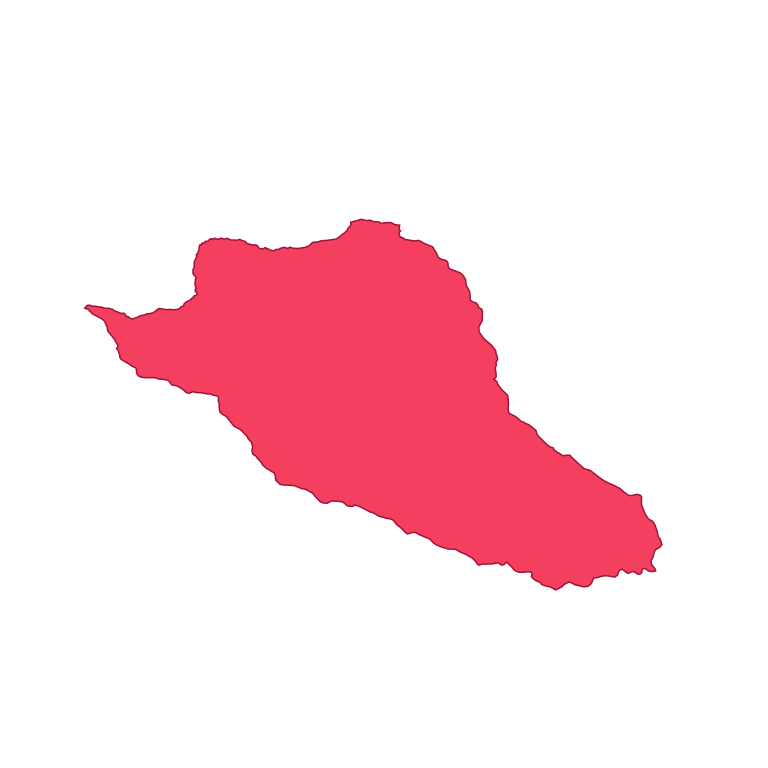 outline of Cajamarca, Tolima, Colombia, rotated 284°
{"feature_id": "7082276B39655849977507", "entity_name": "Cajamarca", "entity_type": "district", "adm_level": 2, "iso_a3": "COL", "parent_name": "Colombia", "parent_adm1": "Tolima", "projection": "equal_earth", "projection_center": [-75.489, 4.41], "detail": "fine", "context": "isolated", "style": "filled", "palette": "rose", "viewbox_px": 768, "rotation_deg": 284, "n_neighbors": 0, "source": "geoboundaries", "source_scale": "gbopen_adm2", "svg_char_len": 6154}
<svg xmlns="http://www.w3.org/2000/svg" viewBox="0 0 768 768"><g transform="rotate(284 384 384)"><path d="M241.9,470.2L240.6,473.6L239.7,479.5L239.4,486.6L240.7,491.9L240.8,493.8L239.5,498.2L238.5,504.5L236.6,511.5L234.4,515.3L231.5,518.6L231.2,519.9L233.0,523.0L235.6,532.4L237.8,537.3L238.0,538.8L236.8,541.5L237.0,542.9L238.3,544.5L240.3,545.7L241.0,546.7L239.2,548.8L237.7,551.8L235.4,554.7L234.5,556.8L234.2,558.1L234.1,561.4L235.0,564.6L236.6,568.9L237.1,571.8L236.0,573.7L233.1,573.5L232.7,573.7L230.6,577.0L229.8,579.9L229.4,583.3L227.7,585.4L227.4,586.2L227.2,589.4L227.3,594.9L225.7,600.0L225.9,600.7L230.2,605.6L233.5,607.7L236.5,611.2L236.7,611.7L236.0,616.0L235.3,617.6L235.6,622.5L235.3,624.9L235.7,627.5L237.1,631.0L239.9,633.1L241.6,633.7L246.4,634.4L248.0,638.4L249.6,640.6L251.5,644.9L252.0,648.1L252.5,654.6L254.9,656.7L259.2,657.2L260.7,658.1L261.8,659.6L261.9,660.0L259.3,666.0L259.4,666.9L261.0,668.7L262.3,670.9L261.9,673.5L261.1,675.4L261.1,677.5L261.9,678.8L263.0,679.6L266.4,679.4L267.9,680.3L267.7,683.2L266.6,685.7L266.6,688.1L267.3,690.7L268.4,692.8L270.0,691.9L273.4,687.5L277.1,685.9L281.3,686.9L285.9,686.8L289.0,687.6L292.4,691.2L295.3,692.5L300.0,689.8L302.4,686.9L306.5,685.1L312.2,681.4L314.4,679.4L315.6,678.2L317.1,673.1L321.2,668.7L328.4,663.6L329.9,662.8L336.9,661.2L338.1,659.7L338.1,655.8L335.9,652.0L335.3,649.4L335.3,647.8L336.8,643.9L339.8,637.9L341.5,630.4L342.0,626.7L343.1,621.7L345.1,616.1L349.7,605.7L350.2,604.0L350.2,598.8L354.9,589.9L358.8,583.0L359.7,582.0L359.7,580.3L357.8,575.1L358.1,573.3L359.3,570.5L359.5,568.2L360.5,567.3L360.7,565.6L361.1,565.1L362.9,563.7L363.1,560.7L364.5,556.9L370.9,546.1L372.2,544.6L375.7,542.7L379.6,534.3L379.9,531.2L380.7,528.7L381.0,525.9L383.7,520.9L384.5,518.5L385.6,513.3L386.8,511.8L389.2,510.6L395.6,509.4L402.3,507.0L403.3,506.2L406.6,500.3L409.5,496.4L411.2,494.6L413.3,493.1L414.5,491.2L415.1,489.4L415.5,489.3L417.0,490.8L418.5,491.0L422.7,489.7L424.6,488.6L427.0,488.1L429.4,488.4L432.2,487.4L435.3,488.4L438.7,486.8L441.1,485.1L443.4,484.3L447.5,479.2L452.0,470.2L456.9,464.4L458.1,463.5L462.4,462.2L469.3,464.0L478.7,461.8L480.2,460.6L481.2,457.4L483.1,456.2L484.9,453.9L485.2,449.8L486.2,447.8L487.7,446.7L489.2,446.7L494.3,444.8L499.5,440.0L505.0,437.9L507.5,435.6L509.4,433.0L510.4,430.5L511.6,419.8L513.1,418.2L514.0,418.0L514.9,417.2L516.2,417.1L517.7,416.1L518.9,413.9L518.9,408.9L520.2,405.9L524.8,402.3L526.6,399.9L528.3,398.7L529.0,397.3L529.1,395.3L530.4,387.9L531.2,385.7L531.7,382.6L530.6,380.3L530.0,377.7L529.6,371.8L529.2,370.2L530.4,366.7L530.3,364.8L531.9,363.0L534.2,362.1L534.8,362.0L536.6,363.0L537.2,361.4L539.3,360.9L541.9,360.8L541.2,356.0L542.1,353.0L542.3,351.3L540.4,344.9L538.9,342.7L539.6,341.4L540.0,339.6L539.0,334.6L539.6,331.1L538.3,327.0L538.4,322.5L537.8,321.0L535.7,317.8L533.0,312.6L530.0,313.4L526.6,311.5L524.4,311.2L520.8,309.0L519.3,307.4L517.5,306.4L513.1,302.6L509.3,293.2L507.9,288.6L505.9,285.6L504.3,280.8L503.0,279.7L499.8,277.8L498.9,276.2L498.0,275.6L494.8,268.0L493.7,262.8L494.0,259.4L492.6,258.4L492.3,257.6L492.5,253.9L490.9,251.6L490.6,250.4L489.1,249.5L488.6,247.0L486.5,244.5L486.3,241.8L487.1,238.9L486.7,237.4L487.6,236.6L487.6,236.2L487.1,235.1L485.9,234.2L485.4,232.3L485.4,230.5L486.0,229.2L487.7,227.7L487.9,225.1L486.9,223.4L487.3,221.9L487.0,219.7L487.4,218.2L487.1,216.9L487.4,216.3L488.3,215.7L488.8,214.8L488.8,212.2L489.4,209.0L487.8,206.4L487.5,203.5L487.0,202.4L486.7,200.7L487.4,196.6L485.9,193.8L485.9,192.6L486.2,190.8L484.9,189.3L484.7,188.1L484.1,187.8L483.9,186.4L484.4,185.9L484.5,184.4L482.7,183.0L482.8,182.5L483.3,182.2L483.3,181.6L482.1,179.6L480.1,178.8L479.1,176.0L477.1,175.9L476.9,173.6L476.2,173.2L475.2,173.4L474.6,171.7L473.6,171.8L472.8,171.4L469.4,172.0L466.7,171.5L465.7,171.7L464.3,170.6L461.5,171.6L460.0,170.9L456.0,170.3L454.3,171.1L453.0,171.0L451.3,171.7L448.8,171.0L445.0,171.9L443.7,173.3L442.7,175.1L441.6,175.8L439.2,175.7L437.8,176.3L436.4,176.0L433.0,177.4L431.8,178.7L430.4,178.0L429.4,178.1L428.0,178.8L427.2,180.5L426.0,181.1L424.3,179.8L423.1,178.0L421.5,178.0L420.5,176.6L418.3,175.4L415.8,172.2L413.1,170.5L411.3,170.7L409.6,168.2L408.7,167.9L406.7,166.2L404.9,161.0L404.6,157.7L403.6,156.2L403.7,155.1L403.3,153.4L403.1,148.6L402.5,146.9L401.8,146.3L401.2,146.7L400.4,145.1L399.7,145.1L396.7,142.1L396.2,140.6L395.2,139.0L394.9,137.1L393.4,135.3L391.7,132.1L391.4,130.9L389.6,129.3L386.1,124.0L386.2,122.3L387.5,119.3L387.1,117.6L388.8,116.3L389.8,114.7L389.7,114.0L389.2,113.5L389.0,110.9L390.0,104.0L390.9,102.5L390.6,100.8L391.0,98.7L389.9,95.5L390.3,92.0L389.7,87.6L389.8,85.6L389.0,82.9L389.2,79.5L389.1,78.6L388.4,77.0L385.2,75.2L384.7,79.5L383.5,80.6L382.5,82.8L381.4,84.4L379.3,93.4L377.9,96.9L376.5,98.4L373.7,100.3L372.8,101.5L368.8,103.0L362.5,111.2L356.9,116.6L355.5,116.6L353.8,115.8L352.1,118.2L350.8,118.7L348.3,120.6L346.5,121.0L344.7,122.3L343.8,124.5L341.8,131.5L340.3,135.3L339.6,139.2L338.6,140.1L336.2,140.8L333.6,142.1L332.4,144.0L331.9,146.0L332.1,149.5L334.6,159.8L334.7,161.5L334.2,164.2L334.9,166.9L335.4,173.1L334.4,175.4L331.9,177.9L332.0,183.7L330.2,190.0L328.1,193.7L327.7,195.7L327.9,197.1L330.0,200.1L330.4,201.2L330.3,203.9L331.4,209.7L331.6,214.9L332.4,217.6L331.9,220.5L332.0,225.6L331.1,226.6L327.1,227.5L324.2,229.3L322.3,229.4L317.3,231.4L316.0,233.5L314.2,239.0L306.8,248.6L305.1,255.6L300.7,262.9L299.0,264.9L297.7,265.6L296.0,268.7L294.7,269.9L291.3,271.7L287.9,271.9L284.5,273.4L284.1,273.8L282.9,277.6L281.3,279.0L278.6,283.4L276.1,285.8L274.2,289.4L273.2,291.4L273.0,293.3L272.2,295.0L271.2,298.9L268.8,300.7L264.6,302.1L261.8,306.8L261.5,307.6L261.6,310.5L262.7,315.5L263.7,322.1L262.7,328.4L262.7,334.1L260.6,341.5L258.8,343.7L254.4,350.3L253.9,353.3L254.4,357.5L257.8,361.4L258.7,366.2L259.5,371.0L259.4,372.7L258.0,375.9L257.3,376.9L256.8,378.3L257.6,382.8L258.4,384.0L259.5,384.5L259.6,385.1L259.5,388.0L258.6,393.1L256.5,401.2L256.5,404.2L254.5,411.3L254.3,419.6L254.6,421.8L254.5,424.7L254.3,425.5L250.5,430.7L248.8,434.7L244.3,442.1L244.4,443.4L247.0,447.9L247.3,448.9L247.3,451.3L246.3,455.0L244.9,464.5L244.3,466.6L241.9,470.2Z" fill="#f43f5e" stroke="#9f1239" stroke-width="1.5"/></g></svg>